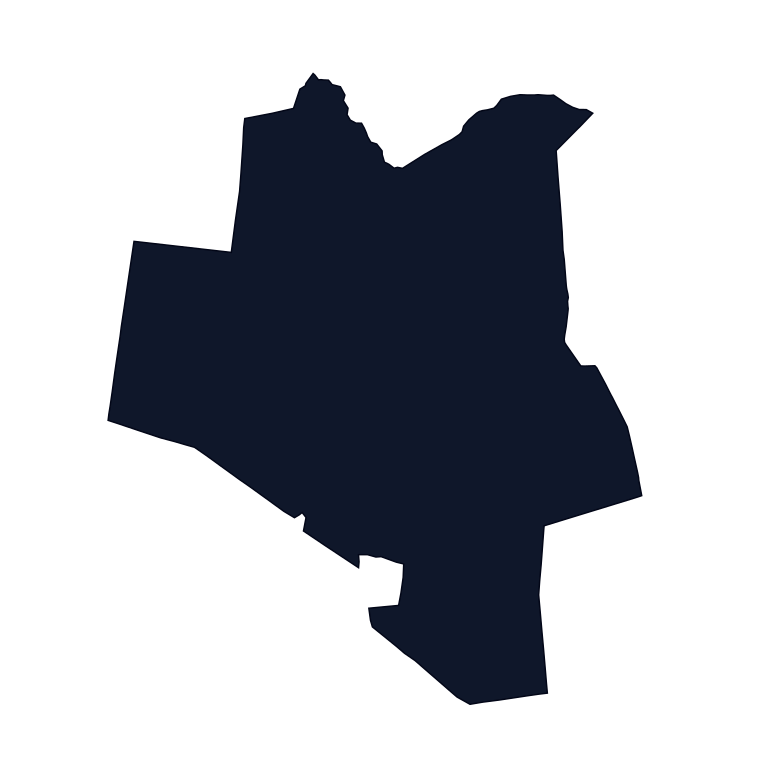 outline of Bahati, Rift Valley, Kenya, rotated 7°
{"feature_id": "3690345B12998672958499", "entity_name": "Bahati", "entity_type": "district", "adm_level": 2, "iso_a3": "KEN", "parent_name": "Kenya", "parent_adm1": "Rift Valley", "projection": "orthographic", "projection_center": [36.164, -0.224], "detail": "fine", "context": "isolated", "style": "filled", "palette": "ink", "viewbox_px": 768, "rotation_deg": 7, "n_neighbors": 0, "source": "geoboundaries", "source_scale": "gbopen_adm2", "svg_char_len": 2502}
<svg xmlns="http://www.w3.org/2000/svg" viewBox="0 0 768 768"><g transform="rotate(7 384 384)"><path d="M558.2,89.8L551.3,87.0L544.3,87.8L537.6,86.4L530.3,83.6L524.7,80.5L517.1,76.6L513.9,77.3L510.4,77.7L501.6,78.1L497.8,78.9L491.1,79.7L483.8,80.3L474.5,83.1L465.8,87.0L461.9,93.9L459.4,96.9L453.2,99.3L448.3,100.7L445.4,101.9L442.9,103.9L436.1,111.4L431.6,118.4L430.8,124.1L428.4,127.2L424.5,130.6L422.1,132.7L420.4,134.0L412.3,139.4L396.3,151.2L376.1,167.7L371.0,167.3L367.7,168.6L362.2,165.4L360.1,164.6L357.4,163.8L354.3,156.6L353.7,152.9L347.5,146.7L341.4,145.6L337.6,140.5L335.9,137.0L333.2,132.4L329.9,127.9L324.3,128.5L318.4,126.2L314.5,121.2L314.7,114.6L309.1,107.7L310.0,102.0L304.5,94.3L300.9,93.8L296.0,93.2L294.0,91.2L291.8,89.2L286.7,89.6L284.5,89.6L281.9,90.1L277.6,85.7L275.8,84.5L269.9,95.1L269.6,97.6L264.6,101.6L260.6,121.5L239.9,129.0L213.5,137.5L213.5,146.7L214.8,163.8L216.4,193.0L217.2,210.3L216.6,239.8L216.4,272.0L184.7,272.3L150.2,272.6L118.5,272.9L116.8,341.3L116.3,359.2L116.3,368.2L115.7,392.3L115.4,406.3L115.2,424.2L114.9,439.1L114.6,447.2L114.6,453.7L124.4,455.6L146.3,460.1L166.1,464.1L169.1,464.7L183.0,466.6L194.5,468.5L203.6,469.9L214.7,475.7L224.2,480.9L232.6,485.6L241.9,490.7L252.2,496.4L263.2,502.2L280.5,511.7L300.2,522.6L311.4,527.6L315.8,524.2L318.4,521.5L322.9,526.0L322.0,539.7L346.4,552.1L368.3,563.0L381.1,569.4L380.9,563.5L379.5,556.5L388.5,555.4L397.0,556.7L402.2,555.7L417.9,559.3L425.5,560.2L426.6,573.6L426.3,589.6L425.5,602.0L396.3,608.4L399.4,620.2L402.1,626.5L428.8,643.2L437.2,648.8L448.5,654.7L464.2,665.3L486.3,680.2L494.7,685.8L508.4,691.4L520.8,687.7L529.5,685.5L537.3,683.5L551.3,679.6L564.2,676.0L575.7,672.9L583.8,670.9L581.9,662.2L578.2,644.5L574.6,627.5L571.0,610.9L567.3,593.5L563.2,574.5L562.5,560.4L562.0,544.7L561.6,535.9L560.5,512.9L560.3,508.9L560.2,505.2L576.5,497.9L600.2,487.3L623.1,477.1L646.8,466.5L650.3,464.9L653.4,463.4L648.6,448.5L648.1,445.9L646.4,440.7L640.7,424.7L638.0,417.0L634.0,405.9L633.2,403.8L630.6,396.9L628.7,394.0L626.8,391.1L620.0,380.9L618.0,378.0L616.3,375.5L612.3,369.5L610.7,367.3L608.4,363.9L603.8,357.0L598.2,349.1L593.2,342.0L591.1,340.2L580.8,341.8L577.1,342.1L560.0,323.0L558.2,320.7L557.4,317.6L557.4,313.3L557.8,305.0L557.7,288.8L557.6,286.7L557.0,284.2L556.1,279.5L556.4,275.8L555.5,272.3L553.9,267.8L553.3,265.7L552.8,263.6L547.7,238.4L545.3,229.4L542.3,211.4L537.0,184.3L531.5,157.4L526.4,131.3L545.1,107.1L546.9,104.9L558.2,89.8Z" fill="#0f172a" stroke="#020617" stroke-width="1.5"/></g></svg>